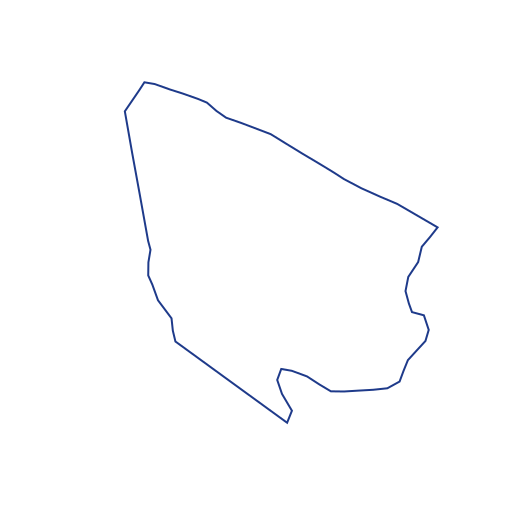 Estiva Gerbi, São Paulo, Brazil, rotated 123°
{"feature_id": "56859067B75829164095202", "entity_name": "Estiva Gerbi", "entity_type": "district", "adm_level": 2, "iso_a3": "BRA", "parent_name": "Brazil", "parent_adm1": "São Paulo", "projection": "robinson", "projection_center": [-46.944, -22.24], "detail": "fine", "context": "isolated", "style": "outline", "palette": "blue", "viewbox_px": 512, "rotation_deg": 123, "n_neighbors": 0, "source": "geoboundaries", "source_scale": "gbopen_adm2", "svg_char_len": 875}
<svg xmlns="http://www.w3.org/2000/svg" viewBox="0 0 512 512"><g transform="rotate(123 256 256)"><path d="M378.9,139.1L366.2,141.6L357.5,159.1L348.4,170.7L337.0,173.3L332.8,163.5L329.2,147.6L329.2,132.7L328.7,119.5L321.7,108.4L313.5,97.3L304.4,84.9L295.4,73.8L283.1,67.2L272.0,69.7L260.6,71.9L247.3,69.7L235.0,67.6L223.9,70.9L214.3,82.9L218.1,94.6L212.5,102.0L204.0,111.5L190.6,116.9L172.8,116.7L157.9,122.0L145.4,120.4L133.1,119.3L135.4,165.9L138.6,183.9L141.8,204.5L143.6,224.1L143.6,235.4L144.0,250.0L144.9,273.3L145.4,292.3L145.8,310.0L152.4,340.5L156.3,356.4L155.9,368.1L154.1,380.7L155.9,390.4L159.7,406.1L163.2,418.8L167.0,434.7L171.1,444.2L180.5,444.2L206.1,444.8L236.8,416.2L267.6,387.1L302.1,354.7L308.2,347.9L319.9,342.8L331.0,335.8L336.5,327.3L346.5,314.1L354.3,292.9L363.9,285.1L371.6,277.0L378.9,139.1Z" fill="none" stroke="#1e3a8a" stroke-width="2"/></g></svg>